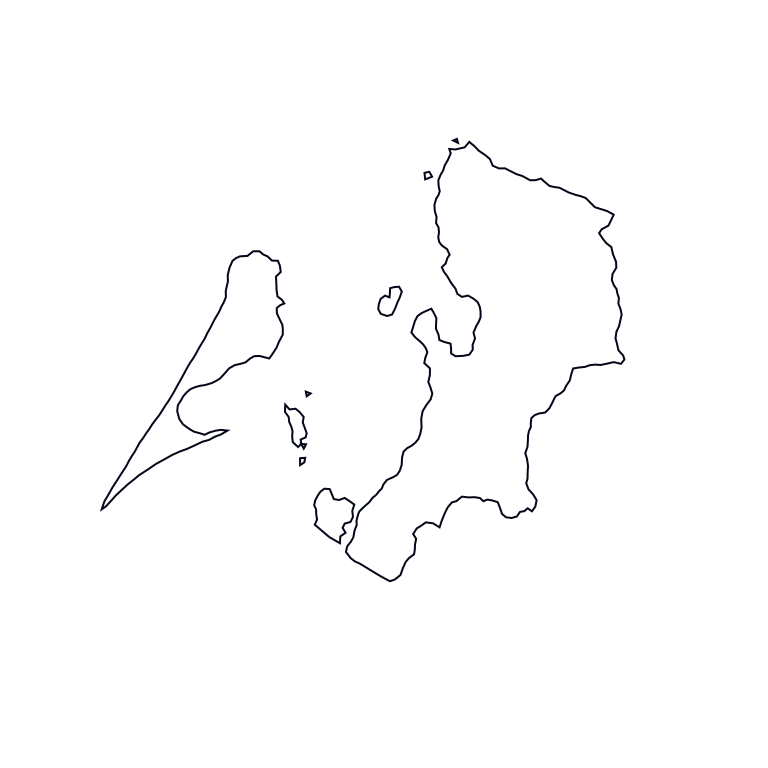 Mangaratiba, Rio de Janeiro, Brazil, rotated 130°
{"feature_id": "56859067B1398595920076", "entity_name": "Mangaratiba", "entity_type": "district", "adm_level": 2, "iso_a3": "BRA", "parent_name": "Brazil", "parent_adm1": "Rio de Janeiro", "projection": "orthographic", "projection_center": [-43.995, -22.973], "detail": "fine", "context": "isolated", "style": "outline", "palette": "ink", "viewbox_px": 768, "rotation_deg": 130, "n_neighbors": 0, "source": "geoboundaries", "source_scale": "gbopen_adm2", "svg_char_len": 5671}
<svg xmlns="http://www.w3.org/2000/svg" viewBox="0 0 768 768"><g transform="rotate(130 384 384)"><path d="M143.7,474.3L150.8,474.3L158.4,480.0L162.0,485.1L164.5,481.1L171.2,479.1L177.5,478.0L182.5,475.9L187.1,475.2L193.1,473.3L197.5,469.1L200.5,465.2L204.3,463.7L208.6,463.1L214.4,460.5L218.8,456.3L222.3,451.1L227.2,447.6L229.0,442.9L232.3,439.5L236.8,436.7L239.8,432.9L240.7,428.7L240.2,422.3L242.8,416.8L246.8,416.4L252.1,414.2L257.4,414.8L259.6,410.0L260.8,404.8L263.5,397.2L265.0,390.6L267.8,385.7L267.2,380.3L262.2,376.4L261.1,370.1L261.1,364.8L263.2,360.4L266.3,356.7L270.8,352.9L275.1,351.5L280.6,350.5L287.1,348.5L290.6,343.5L297.1,341.3L300.6,338.1L306.7,337.5L311.4,341.3L316.7,347.0L317.5,352.2L313.6,355.5L310.3,359.0L313.0,364.7L314.7,369.9L311.2,373.9L308.2,379.8L304.3,382.9L299.9,386.2L297.4,391.9L295.9,396.1L300.6,398.5L305.6,400.8L310.4,402.0L315.9,400.8L321.9,398.2L327.0,396.1L328.2,389.8L328.2,384.2L328.5,379.5L329.7,375.1L331.7,371.3L337.8,369.0L342.1,366.6L342.5,358.8L347.8,354.5L353.9,351.4L356.9,346.0L360.3,340.8L365.8,338.4L373.0,338.0L380.1,336.9L386.9,333.0L393.0,327.4L398.6,324.3L404.0,322.3L408.8,322.3L413.4,323.1L418.2,325.0L423.0,325.6L428.4,323.1L434.7,318.4L440.6,316.1L445.2,315.6L449.3,317.0L455.6,320.1L461.3,319.9L465.6,318.5L469.6,318.9L473.6,318.7L478.4,319.6L484.0,319.3L491.2,320.4L497.7,321.0L501.9,319.4L506.2,317.3L509.7,314.2L515.3,312.3L521.0,309.0L525.8,308.0L531.8,307.9L537.1,305.2L538.8,297.7L538.6,292.1L537.2,287.3L536.4,282.4L535.3,274.8L533.4,262.8L531.3,252.7L526.7,250.0L519.7,248.6L512.8,251.2L506.4,253.0L501.3,253.0L495.2,251.5L491.3,253.8L486.9,257.1L481.9,259.9L480.2,265.2L473.6,266.1L469.2,264.6L463.1,263.0L459.2,256.9L458.1,249.3L451.6,251.9L444.2,254.3L437.7,255.9L431.0,255.9L427.3,253.3L420.2,251.9L416.6,246.4L412.6,242.0L409.7,237.3L409.9,232.5L406.2,230.6L403.8,226.6L401.4,220.9L404.3,215.6L407.6,210.2L407.7,204.9L404.5,200.0L400.1,197.1L394.5,197.6L391.2,194.8L386.9,194.1L386.4,188.8L380.6,189.3L374.9,192.4L372.7,198.8L371.8,205.6L368.6,211.3L364.3,213.2L359.3,217.2L354.3,220.9L349.5,226.2L346.2,231.3L339.9,233.7L335.1,237.2L330.8,240.6L326.9,242.7L322.7,243.8L319.5,246.5L315.4,249.2L310.8,248.5L306.8,246.2L302.3,242.2L296.4,241.7L290.7,242.9L283.1,244.8L277.5,242.7L273.2,242.0L267.5,243.4L262.0,243.9L256.4,246.7L250.5,249.1L245.9,245.1L241.8,241.1L237.3,238.4L233.6,234.9L230.1,230.2L224.6,225.9L219.5,222.0L216.2,215.4L210.7,215.6L208.4,219.1L207.5,226.0L203.1,231.8L200.3,235.9L194.7,239.5L188.6,241.1L182.7,244.2L178.1,246.5L174.5,251.1L171.9,256.0L167.2,259.3L164.5,263.6L161.8,266.9L160.5,271.6L157.9,276.3L152.9,279.6L145.6,280.8L141.2,284.8L137.4,292.0L133.0,297.8L133.2,304.5L132.1,309.8L130.2,316.2L125.6,316.7L118.4,313.9L112.6,315.3L106.6,316.9L108.2,324.5L111.1,331.5L113.0,336.0L112.4,342.8L111.9,349.1L113.7,354.1L115.9,358.7L118.5,365.4L120.9,375.8L123.5,379.9L125.9,384.5L125.9,391.5L125.7,395.8L130.3,398.8L134.0,403.0L135.7,411.6L138.1,417.5L139.6,423.8L141.0,429.9L144.9,434.4L146.9,441.0L143.6,447.4L143.6,454.0L144.4,461.1L143.7,467.5L143.7,474.3ZM606.8,530.0L612.9,528.6L622.3,527.5L628.3,526.7L637.8,525.5L643.7,524.4L649.2,523.4L653.5,522.8L661.4,519.7L656.3,518.3L649.3,518.0L641.8,517.8L633.8,516.8L626.2,515.9L617.9,514.2L611.2,513.0L601.8,510.1L592.1,507.4L582.9,503.8L574.6,500.7L566.9,497.0L560.4,493.2L552.4,489.4L545.1,486.1L539.1,482.0L533.5,479.9L527.1,476.3L520.3,474.0L523.9,479.4L528.0,483.0L533.2,486.5L538.2,488.8L540.0,493.2L542.7,499.0L543.6,504.5L544.1,512.2L542.3,518.4L537.7,525.0L532.7,528.3L527.1,529.0L522.3,529.9L517.3,529.8L512.5,529.0L508.0,526.8L503.9,524.0L499.6,520.2L493.9,516.5L489.5,514.6L485.5,513.2L480.6,512.9L471.6,512.7L465.5,510.5L460.0,506.3L456.1,503.9L450.7,503.0L446.1,501.3L442.6,497.5L440.5,493.1L438.2,488.3L432.2,488.8L425.1,489.7L419.6,491.5L411.2,493.3L406.9,496.9L404.0,499.9L401.9,504.6L398.8,511.4L394.8,515.0L390.1,514.1L386.4,512.1L385.1,516.5L385.4,521.8L381.0,526.8L376.2,531.1L371.1,535.8L364.6,535.1L360.3,539.8L357.8,544.5L361.5,549.2L361.1,555.2L362.4,559.6L362.4,564.8L366.4,569.5L373.6,570.9L378.8,576.4L382.7,578.3L387.1,579.2L394.2,577.1L401.2,573.6L405.7,569.5L409.5,567.6L414.5,565.0L419.0,561.0L424.2,559.3L428.8,558.4L434.8,556.7L441.5,555.6L446.1,554.7L451.9,553.3L458.3,552.1L465.2,550.4L471.5,549.5L477.1,548.5L481.3,547.6L486.8,546.7L492.2,546.2L496.3,545.5L501.5,544.5L508.2,543.1L514.1,542.0L518.9,541.1L525.1,539.8L530.1,539.0L535.2,538.2L540.9,537.7L545.6,537.0L552.7,536.1L559.6,535.9L564.3,535.6L568.9,534.9L574.6,534.5L580.3,533.8L586.0,533.5L596.2,531.4L600.9,530.9L606.8,530.0ZM534.3,315.4L528.8,319.5L522.7,317.8L520.8,323.2L516.2,324.4L511.2,321.0L505.8,322.3L501.6,326.7L495.4,329.3L496.0,336.2L496.6,340.9L501.8,343.9L504.4,348.5L501.9,353.1L499.4,358.1L502.6,362.4L507.3,363.5L512.2,363.0L517.7,361.8L521.9,359.4L523.6,355.5L527.3,352.3L530.8,348.2L536.3,346.6L536.4,332.4L536.4,327.3L534.3,315.4ZM483.1,408.9L480.1,412.1L475.3,409.7L471.5,411.5L468.7,416.2L465.8,421.4L460.8,424.4L459.7,431.1L459.8,435.9L464.2,440.0L463.3,446.4L469.0,441.9L470.5,435.9L474.0,432.2L476.2,427.7L479.0,423.7L483.3,420.6L487.2,416.4L487.5,409.3L483.1,408.9ZM332.3,431.5L329.9,425.3L325.6,422.5L319.3,423.9L313.0,426.1L307.4,427.6L301.7,429.8L299.8,435.0L303.0,438.3L306.7,440.9L310.4,438.0L314.1,435.5L315.6,440.0L321.0,441.3L326.3,439.2L330.4,436.5L332.3,431.5ZM200.8,484.0L194.3,480.4L192.3,485.6L196.2,488.7L200.8,484.0ZM500.1,396.1L495.3,394.7L491.2,396.9L494.8,400.6L500.1,396.1ZM443.1,435.3L438.4,434.1L440.1,439.0L443.1,435.3ZM483.1,408.9L485.1,403.9L480.3,405.0L483.1,408.9ZM151.7,482.3L149.4,485.7L153.0,487.5L151.7,482.3Z" fill="none" stroke="#020617" stroke-width="2"/></g></svg>